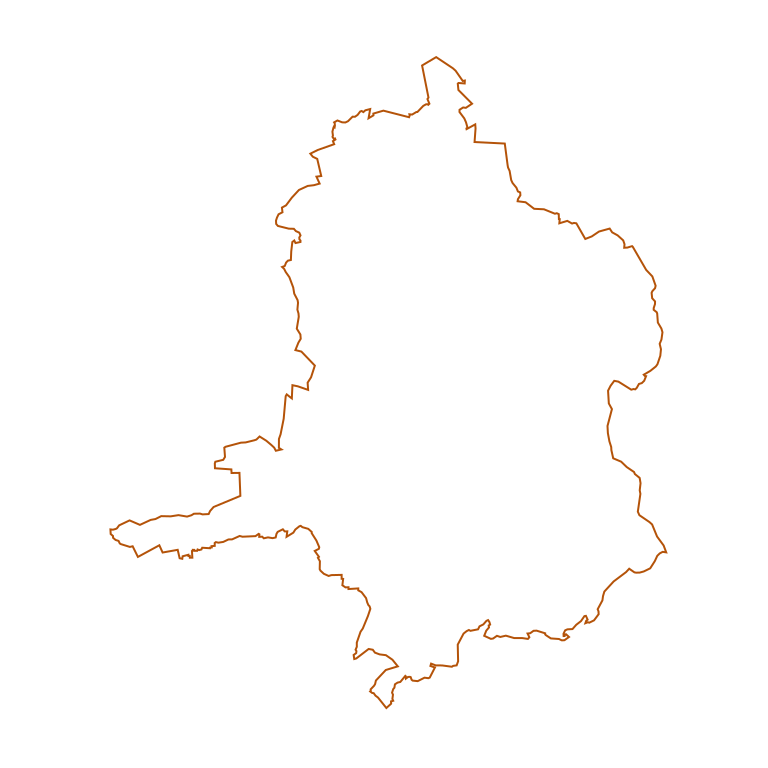 the district of Moinesti, Bacau, Romania, rotated 177°
{"feature_id": "2599482B46572722657661", "entity_name": "Moinesti", "entity_type": "district", "adm_level": 2, "iso_a3": "ROU", "parent_name": "Romania", "parent_adm1": "Bacau", "projection": "mercator", "projection_center": [26.472, 46.47], "detail": "fine", "context": "isolated", "style": "outline", "palette": "amber", "viewbox_px": 768, "rotation_deg": 177, "n_neighbors": 0, "source": "geoboundaries", "source_scale": "gbopen_adm2", "svg_char_len": 6126}
<svg xmlns="http://www.w3.org/2000/svg" viewBox="0 0 768 768"><g transform="rotate(177 384 384)"><path d="M479.6,506.2L477.7,504.2L476.3,501.0L472.9,495.6L469.6,485.1L468.9,478.9L465.9,472.3L465.6,469.6L466.6,462.8L465.7,458.9L465.6,455.6L468.2,443.8L464.9,437.8L464.8,433.5L467.3,429.8L470.7,422.5L464.8,420.7L452.1,406.0L456.5,394.5L460.2,389.3L460.1,382.1L470.2,386.2L475.5,387.6L476.8,374.4L481.7,378.7L482.8,377.0L486.0,354.5L489.9,339.2L491.8,334.6L492.3,325.7L489.9,324.0L495.5,323.0L497.0,326.2L499.8,329.1L504.5,333.5L511.0,338.1L514.3,335.2L516.4,334.6L525.2,332.9L529.9,332.9L545.5,329.6L546.8,328.8L546.6,319.5L548.5,316.7L556.5,315.2L557.1,313.6L557.2,308.7L540.9,306.7L540.9,303.1L533.0,302.8L533.3,279.8L560.6,270.1L564.3,266.3L565.9,263.3L572.1,263.3L574.5,264.2L580.6,264.4L583.2,263.0L587.6,261.9L596.1,263.8L603.9,263.0L613.4,263.7L619.3,261.1L624.1,260.5L635.1,256.1L645.2,261.1L655.9,256.7L658.2,253.9L659.4,253.3L662.3,252.7L664.8,253.1L664.8,248.5L662.6,246.4L662.6,244.6L660.2,242.3L657.3,241.2L656.2,238.6L655.2,237.9L646.3,234.6L643.5,235.1L638.8,224.2L616.8,234.7L613.9,227.3L598.7,229.2L597.2,220.7L594.6,220.0L594.1,222.5L588.3,223.7L588.3,222.5L587.0,222.5L587.0,220.7L584.5,220.6L584.5,227.2L583.7,227.3L583.6,228.4L582.2,228.3L581.7,227.3L579.3,227.2L578.8,228.5L577.3,227.8L575.0,228.3L574.1,230.0L566.4,229.1L566.3,229.7L564.6,229.8L564.7,231.1L561.5,231.2L561.4,234.1L560.2,234.9L557.7,234.2L552.8,234.7L547.5,236.9L543.8,236.8L536.1,239.8L533.3,238.9L520.3,238.8L517.0,240.9L516.3,240.4L516.6,237.9L513.6,237.9L512.1,236.2L507.9,236.9L503.3,235.9L500.2,236.4L499.2,240.0L497.9,241.9L492.6,244.2L490.9,242.0L488.3,241.9L489.3,236.5L482.3,240.3L480.2,243.3L475.9,246.4L474.6,246.7L473.0,245.3L467.2,243.3L463.9,240.0L464.0,238.8L459.7,231.2L457.2,224.4L457.7,222.8L461.9,220.9L458.0,214.8L459.1,213.9L457.3,210.4L457.9,202.4L457.2,200.9L454.0,197.6L449.3,195.2L446.6,195.9L436.3,195.6L436.5,191.7L435.0,191.5L436.1,185.2L433.1,182.9L430.1,182.9L430.2,181.1L420.4,181.2L420.5,179.3L417.3,177.3L413.1,171.1L412.2,166.8L411.2,164.1L410.0,162.7L409.4,160.2L412.2,153.1L418.0,140.9L420.4,137.8L424.7,127.2L424.9,123.0L426.3,120.1L425.5,118.7L425.9,116.7L428.5,115.0L428.1,110.9L426.0,111.4L413.2,120.2L409.1,119.2L407.1,116.2L402.5,114.2L396.3,113.1L390.0,108.2L385.0,101.3L397.2,98.3L407.6,88.3L408.6,84.8L409.7,83.2L413.3,79.8L413.3,78.2L413.9,77.7L412.0,76.1L410.5,75.8L408.8,73.2L406.4,71.2L398.6,60.3L393.6,64.4L393.6,66.7L391.4,67.2L392.1,69.1L391.3,73.3L392.1,75.3L390.8,78.8L389.5,80.2L388.8,83.5L386.1,85.1L383.3,85.6L378.0,91.4L377.5,90.9L377.5,88.7L375.3,90.2L373.5,90.2L372.7,89.9L371.9,87.2L370.9,86.3L365.9,85.5L358.9,88.6L355.1,87.9L353.7,88.4L348.0,98.2L352.4,100.0L351.6,102.3L347.1,100.3L340.7,99.9L331.0,98.1L329.7,98.9L326.2,99.2L324.5,103.2L324.0,119.9L317.6,130.6L314.4,132.9L312.1,133.9L310.6,133.0L302.9,134.1L301.3,137.0L297.4,138.7L294.1,142.1L292.4,142.8L291.2,140.8L290.6,138.2L292.1,137.4L291.9,135.4L294.8,132.3L297.1,127.3L290.6,123.9L288.4,124.1L284.4,126.6L281.1,125.3L275.5,126.3L267.4,123.5L259.0,123.0L253.6,121.9L252.1,123.5L253.7,127.3L251.0,127.5L247.6,129.7L244.5,129.7L236.1,126.6L236.2,125.7L235.7,124.9L230.7,121.2L222.6,120.2L219.9,118.7L217.2,118.7L212.5,121.7L215.4,124.6L216.4,124.3L216.8,122.9L217.8,122.9L217.8,125.2L216.0,128.5L213.7,129.4L208.6,129.4L204.6,133.5L199.7,136.9L196.0,141.7L194.5,141.9L193.0,138.0L194.5,136.9L195.4,134.6L192.9,135.4L191.5,134.9L186.6,137.0L181.7,142.9L181.7,145.7L182.4,147.9L177.2,156.5L176.4,160.7L174.8,165.2L165.0,174.8L152.1,183.5L148.8,186.7L143.8,182.8L142.1,182.4L138.5,182.3L134.4,183.2L127.8,186.0L122.8,193.0L120.1,198.1L117.5,200.4L114.5,201.8L111.0,201.1L113.2,208.1L119.3,217.4L123.6,229.7L126.1,232.2L135.8,239.6L137.2,243.2L133.7,260.9L134.2,264.4L133.0,271.5L133.6,276.8L138.2,281.0L138.9,283.0L146.0,288.4L151.2,294.0L159.0,297.8L160.4,306.1L160.4,309.2L161.9,314.9L163.0,323.2L163.0,330.4L157.7,347.0L160.5,352.8L160.6,365.6L157.8,370.4L153.9,375.1L149.8,374.1L137.4,365.4L135.0,365.9L133.4,365.5L131.8,366.9L129.4,370.7L126.5,371.4L124.0,373.6L121.9,378.1L123.1,378.4L124.1,379.7L117.3,383.2L111.6,387.3L109.9,389.4L106.6,397.7L105.6,404.2L106.6,409.7L104.6,413.9L103.2,421.1L104.1,424.9L107.3,431.0L107.5,440.1L107.9,441.4L110.8,444.0L110.7,445.7L109.2,449.6L109.0,452.3L111.7,455.6L112.0,461.0L111.2,462.6L108.3,465.5L107.6,467.9L110.4,477.4L116.2,484.2L128.4,508.0L129.1,508.7L133.8,507.5L137.0,507.5L136.5,511.0L137.6,514.9L142.9,520.2L148.2,523.5L150.5,527.4L161.3,525.0L168.8,520.5L175.4,518.3L183.5,534.4L185.9,534.9L187.8,534.4L192.4,537.3L200.5,535.3L199.9,539.4L200.7,539.5L200.6,544.5L202.5,545.5L204.4,545.1L215.1,550.1L224.9,551.1L233.1,558.1L241.0,559.5L240.6,561.5L237.9,565.4L238.0,568.2L240.2,569.3L241.5,573.1L245.1,578.0L246.3,581.0L247.4,590.2L248.8,593.7L249.1,596.1L250.8,617.8L280.9,620.9L279.2,634.4L279.3,638.5L288.2,634.2L288.3,634.9L287.2,635.6L288.4,641.0L289.9,645.0L294.4,651.7L294.2,653.9L290.5,656.0L287.8,655.5L281.4,659.3L294.3,673.7L294.6,680.1L293.8,680.7L287.7,679.9L287.4,682.8L289.5,682.5L296.1,693.1L298.7,695.7L314.8,707.7L329.3,700.1L324.6,667.7L325.7,666.3L324.0,661.5L325.2,660.5L325.9,661.1L327.4,661.1L330.2,659.7L336.4,653.9L337.5,653.9L341.8,651.6L344.5,652.0L344.3,650.8L345.0,649.1L370.3,657.0L380.5,654.6L380.5,652.8L385.5,650.2L383.4,659.3L388.3,658.3L390.4,656.6L392.0,657.8L393.5,657.4L396.3,654.1L399.0,652.4L401.4,652.6L406.2,648.3L408.9,647.2L412.1,647.5L416.7,649.6L420.1,647.9L419.6,647.1L419.5,644.6L419.9,642.9L420.6,643.6L421.1,642.6L422.3,638.7L422.0,634.8L422.5,633.5L421.3,631.4L420.1,631.8L419.7,630.7L422.3,629.2L421.2,626.1L437.8,621.2L445.5,617.9L443.2,614.7L438.9,612.3L435.8,595.0L440.6,594.6L437.8,587.5L443.6,586.2L449.8,585.8L458.8,582.2L466.3,574.9L472.5,567.5L476.7,565.5L476.4,560.8L480.4,559.0L482.2,555.7L483.3,552.8L483.3,549.5L481.7,547.4L470.9,544.1L465.9,543.7L464.0,541.3L460.7,539.6L459.6,536.8L460.9,534.8L460.9,533.0L459.9,531.6L460.0,530.2L465.0,529.4L466.1,532.0L468.1,530.6L469.7,521.2L470.5,512.7L473.5,512.2L475.4,510.4L476.9,507.1L479.6,506.2Z" fill="none" stroke="#b45309" stroke-width="2"/></g></svg>